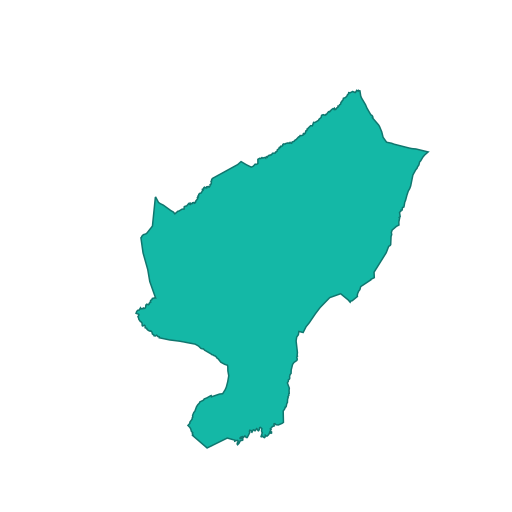 outline of Vaals, Netherlands, rotated 296°
{"feature_id": "6326949B17278408062250", "entity_name": "Vaals", "entity_type": "district", "adm_level": 2, "iso_a3": "NLD", "parent_name": "Netherlands", "parent_adm1": "", "projection": "equal_earth", "projection_center": [5.971, 50.778], "detail": "fine", "context": "isolated", "style": "filled", "palette": "teal", "viewbox_px": 512, "rotation_deg": 296, "n_neighbors": 0, "source": "geoboundaries", "source_scale": "gbopen_adm2", "svg_char_len": 6107}
<svg xmlns="http://www.w3.org/2000/svg" viewBox="0 0 512 512"><g transform="rotate(296 256 256)"><path d="M117.0,352.8L118.5,353.6L128.6,348.4L130.8,348.8L132.5,348.6L132.4,348.8L134.0,349.1L136.9,348.3L138.0,348.5L141.0,347.2L143.0,346.9L143.4,346.4L145.2,346.6L146.4,345.8L147.0,346.1L149.8,344.6L151.8,343.9L155.7,339.8L157.5,340.0L158.9,339.4L160.0,340.0L161.0,339.9L162.4,339.0L164.5,338.6L165.8,339.0L169.0,337.6L174.6,336.4L177.0,336.8L180.0,338.5L181.4,338.3L182.9,336.9L184.2,337.2L184.7,336.5L187.3,335.6L197.2,329.3L201.0,328.1L203.8,328.6L207.0,327.6L207.9,331.9L214.5,332.0L219.1,333.1L230.2,334.7L237.8,336.2L250.9,340.5L259.2,348.6L256.9,358.2L255.7,360.9L257.1,361.0L258.0,362.1L264.1,364.9L265.1,364.2L266.9,363.8L269.5,363.7L271.3,364.1L274.4,363.5L284.9,369.7L285.2,369.4L288.4,371.8L293.2,369.2L316.0,371.6L322.8,371.0L324.2,371.9L325.2,372.1L332.8,368.8L334.7,368.6L336.6,367.3L339.0,367.0L344.2,369.2L346.5,370.9L349.1,369.5L353.3,368.4L353.5,367.8L354.6,368.3L358.1,365.9L360.1,366.6L360.7,366.2L361.4,367.2L363.8,366.4L364.7,367.4L365.5,367.3L369.6,366.1L371.7,366.0L376.7,365.0L381.1,364.4L384.0,364.6L386.8,364.3L397.6,361.5L403.7,361.8L405.3,362.3L406.9,362.1L409.2,362.5L412.3,361.8L413.7,362.3L417.8,362.6L420.7,363.3L425.0,365.1L422.3,352.8L420.9,349.1L420.2,346.4L417.0,331.0L416.8,328.5L415.5,323.5L418.4,318.2L422.7,314.6L426.5,310.3L427.5,308.8L431.3,300.0L431.9,300.3L432.7,299.5L433.2,298.5L433.1,297.8L433.9,296.3L437.7,290.7L440.0,288.1L444.2,281.7L445.7,280.0L450.0,277.0L449.7,276.2L449.8,275.5L449.2,275.5L449.4,275.1L448.8,274.5L449.0,273.9L446.6,273.7L446.6,273.0L446.2,272.8L446.3,270.8L444.0,269.1L443.5,267.7L442.4,268.1L441.1,267.5L440.4,267.7L438.6,267.3L437.3,266.7L436.1,265.4L434.5,265.8L432.8,265.3L431.9,265.4L431.4,265.0L429.4,265.5L428.8,264.9L426.8,264.6L426.7,264.0L425.5,264.4L424.8,263.8L422.6,263.4L422.2,262.7L422.6,262.7L423.3,261.7L422.1,261.2L422.2,260.6L420.6,259.7L417.9,259.0L418.1,258.5L417.4,257.9L414.5,257.3L414.0,257.2L413.9,256.7L412.8,256.4L412.6,254.7L412.2,254.5L411.9,253.7L411.0,253.3L409.0,253.8L406.6,252.7L405.3,252.7L402.1,250.6L401.3,249.6L401.3,249.2L397.7,249.6L397.1,248.0L393.7,246.8L392.8,246.7L392.6,246.3L391.0,246.7L390.2,245.9L388.1,246.5L387.6,246.0L387.0,246.1L387.1,245.2L386.3,244.9L385.6,245.3L385.1,245.2L384.2,244.2L383.6,242.8L382.2,242.8L381.8,242.1L378.4,241.1L376.9,240.1L375.8,240.0L374.3,238.5L372.9,238.6L372.7,237.4L373.0,236.8L371.9,236.5L371.9,235.8L371.3,235.3L371.4,234.8L369.9,233.2L369.3,233.0L368.9,231.7L368.0,231.2L367.0,231.6L366.2,231.2L365.5,230.1L364.4,230.4L364.0,230.1L364.5,229.9L363.7,229.3L362.6,229.6L360.7,228.6L359.3,229.0L358.5,228.6L358.1,228.0L356.9,228.1L355.6,225.8L353.7,225.5L353.1,224.5L352.5,224.4L352.3,223.6L350.4,222.7L349.8,222.8L350.0,222.1L349.2,221.6L348.3,221.8L348.6,221.1L348.3,220.6L346.9,219.1L347.1,218.2L345.7,217.6L345.5,216.5L343.7,215.3L339.9,217.2L338.5,216.2L338.2,215.0L335.5,214.2L333.8,212.8L333.8,207.4L334.3,201.2L330.2,199.5L306.7,182.9L305.4,182.6L304.1,183.2L303.4,182.8L302.3,183.8L301.2,184.1L300.1,183.5L299.9,183.9L297.8,183.9L297.3,183.5L297.6,182.8L296.5,181.3L295.6,181.8L295.0,180.1L295.3,179.6L294.9,179.3L293.7,179.1L293.3,179.5L292.4,178.6L291.7,179.6L291.1,179.2L289.7,179.2L288.2,178.9L287.7,178.0L286.3,177.5L285.0,178.0L284.3,177.5L283.6,178.3L282.8,177.7L281.9,178.5L279.3,177.8L277.7,178.1L276.7,177.8L276.4,177.5L277.0,176.9L276.1,175.7L275.3,175.8L274.7,174.6L274.1,174.6L274.5,174.0L273.4,173.9L273.4,172.8L273.8,172.6L273.6,172.5L270.5,171.7L269.7,170.5L268.7,169.9L266.7,170.8L265.7,169.0L262.4,166.9L262.1,166.2L258.3,164.6L259.3,162.5L259.5,159.5L261.1,150.4L261.1,146.9L261.4,144.9L264.8,140.2L264.4,139.9L237.5,149.8L228.7,147.9L227.4,147.2L225.8,145.4L223.6,144.7L222.5,144.9L221.9,144.6L209.3,153.1L196.3,164.7L186.5,171.7L174.3,184.1L174.1,183.3L173.2,182.8L173.2,182.3L172.4,181.4L171.3,181.6L169.9,180.8L168.9,180.9L168.4,181.6L167.0,180.8L166.0,181.1L165.6,180.6L165.1,180.7L164.8,179.0L164.3,179.1L163.7,178.5L161.8,179.2L160.6,179.2L159.9,178.6L160.0,177.8L159.3,177.7L159.0,177.3L159.1,176.9L158.4,176.3L158.5,175.6L158.1,175.4L158.6,174.9L156.1,174.7L155.5,173.6L153.9,173.1L151.9,173.3L152.2,176.2L151.7,176.6L149.6,176.5L149.4,177.1L147.7,178.5L146.4,180.8L146.4,181.8L145.7,183.0L143.5,184.3L143.4,184.8L144.9,186.1L144.5,187.1L142.9,187.8L143.1,189.6L142.3,190.2L141.9,192.0L142.0,193.7L142.3,193.8L142.2,194.1L142.5,194.8L141.8,196.1L140.6,196.9L140.3,197.9L140.5,198.5L139.6,199.3L140.0,200.6L141.3,201.4L140.6,203.2L141.0,204.5L140.1,204.9L142.7,215.2L145.9,224.5L150.1,239.9L149.9,243.8L148.8,247.1L149.1,248.7L149.5,249.4L148.8,251.2L148.3,258.5L148.0,259.5L148.3,261.1L148.0,262.2L148.3,263.0L147.9,264.5L147.2,265.5L147.0,267.0L145.1,271.0L144.9,275.3L145.3,278.2L144.3,279.1L140.4,281.1L136.4,284.0L130.6,285.7L125.1,286.8L122.2,286.9L117.6,286.4L115.9,283.7L109.9,277.7L110.9,276.9L110.5,276.5L107.0,274.1L104.8,272.1L103.4,272.0L100.2,269.5L98.9,269.6L96.9,268.9L94.5,268.6L89.7,269.1L88.1,268.7L84.9,268.9L83.4,269.8L82.5,269.6L81.4,270.1L77.7,269.4L76.5,269.9L73.9,269.1L73.0,271.6L72.0,273.1L70.1,274.8L69.3,276.7L68.2,276.7L67.4,278.0L66.9,277.7L62.0,296.2L79.8,310.0L81.2,317.8L80.3,318.1L81.7,319.4L82.2,320.4L81.7,321.2L79.5,321.2L78.7,321.5L78.3,322.2L80.2,322.8L83.2,322.9L84.2,324.4L84.9,324.8L85.7,324.3L86.0,323.6L85.0,321.7L85.3,321.4L86.3,321.6L87.8,322.9L87.8,323.3L86.9,323.5L86.9,324.1L89.4,324.9L88.6,326.8L89.0,327.7L94.5,327.8L95.6,326.9L96.7,326.8L97.0,328.3L95.9,329.0L95.8,329.6L98.5,329.7L98.9,330.2L98.4,331.4L98.6,331.9L101.1,332.2L100.9,333.1L100.0,334.3L100.0,334.9L101.4,335.1L103.3,334.5L103.9,335.0L103.5,336.9L101.3,337.6L100.2,338.6L100.1,339.1L95.9,339.7L96.0,340.5L96.9,340.9L96.4,342.6L96.5,343.3L97.3,343.5L99.0,342.9L98.7,344.2L99.1,345.0L101.1,345.7L102.9,345.7L103.2,346.2L103.2,347.2L103.7,347.6L104.7,347.1L104.7,346.6L104.1,345.9L104.1,345.5L106.6,345.6L106.6,344.9L107.0,344.6L108.5,345.3L109.8,345.4L111.3,346.9L112.7,345.8L113.2,345.8L113.6,346.5L113.1,347.9L113.9,350.1L117.0,352.8Z" fill="#14b8a6" stroke="#0f766e" stroke-width="1.5"/></g></svg>